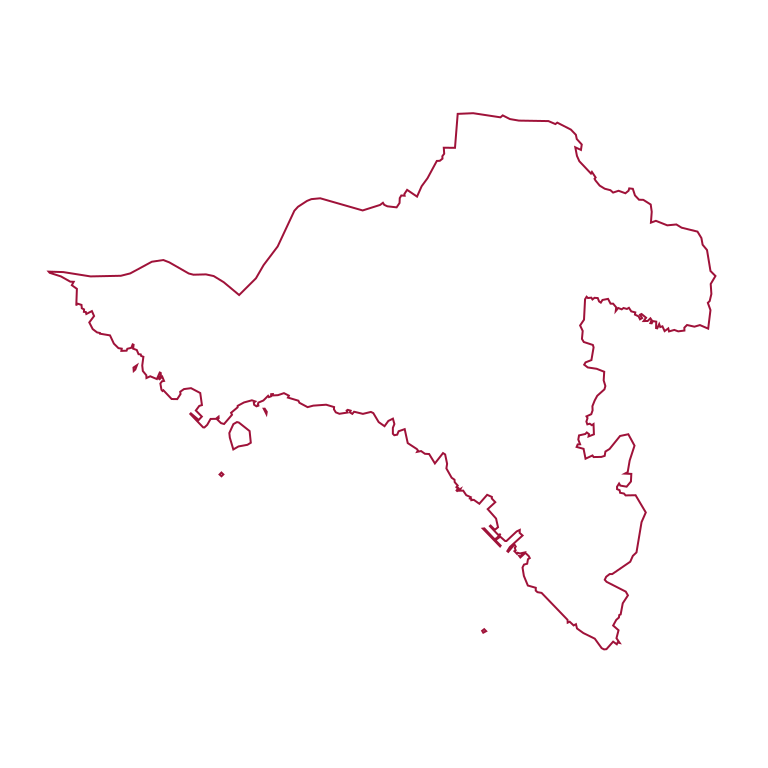 Kota Cilegon, Banten, Indonesia (orthographic projection), rotated 269°
{"feature_id": "22746128B25933583546422", "entity_name": "Kota Cilegon", "entity_type": "district", "adm_level": 2, "iso_a3": "IDN", "parent_name": "Indonesia", "parent_adm1": "Banten", "projection": "orthographic", "projection_center": [106.002, -5.978], "detail": "fine", "context": "isolated", "style": "outline", "palette": "rose", "viewbox_px": 768, "rotation_deg": 269, "n_neighbors": 0, "source": "geoboundaries", "source_scale": "gbopen_adm2", "svg_char_len": 6149}
<svg xmlns="http://www.w3.org/2000/svg" viewBox="0 0 768 768"><g transform="rotate(269 384 384)"><path d="M115.0,601.8L122.4,608.6L119.7,612.2L121.5,613.1L121.0,615.1L125.8,612.0L133.7,614.2L138.5,608.9L144.1,612.1L146.4,614.8L148.9,615.2L149.5,616.6L160.6,618.9L168.4,624.2L172.2,622.1L182.3,603.1L184.4,601.3L187.4,602.8L190.0,606.3L190.0,608.9L202.0,627.1L207.8,629.8L211.2,633.5L241.4,639.1L251.0,643.5L268.4,633.6L268.4,623.6L270.3,622.0L271.1,618.2L273.7,617.7L274.8,615.2L277.2,615.2L280.4,617.3L278.3,618.5L277.1,624.8L282.2,629.2L289.8,629.7L290.2,623.3L291.6,626.1L303.2,628.3L318.0,633.4L329.5,627.4L327.9,619.1L315.1,608.4L312.6,604.2L308.3,603.4L307.3,600.0L307.3,592.3L308.9,591.2L305.8,584.2L315.7,582.4L317.7,575.5L320.2,576.6L320.3,579.0L325.1,577.3L329.2,578.1L330.5,584.4L332.0,585.9L330.3,588.1L328.0,587.6L330.0,593.0L340.3,592.8L339.2,591.1L340.7,589.0L340.1,586.6L342.9,585.7L346.4,586.9L348.1,585.9L350.2,590.7L354.0,592.1L358.2,592.0L363.9,594.4L368.5,597.0L374.8,604.3L378.1,605.3L383.8,603.7L392.4,604.4L395.5,596.9L397.0,588.0L399.8,584.5L402.1,585.9L404.3,591.8L417.0,594.2L419.4,593.5L422.5,584.5L425.6,582.7L433.6,583.6L439.1,581.1L444.8,585.1L465.2,586.5L467.7,588.1L466.4,589.4L466.7,592.8L464.9,593.9L466.5,596.0L466.2,599.2L462.8,600.5L461.6,602.2L464.2,603.9L465.2,609.5L460.4,611.9L460.3,614.5L456.6,617.5L452.9,617.0L455.9,619.5L454.5,623.0L455.8,624.8L454.8,628.2L455.9,630.2L452.3,632.5L451.2,636.5L449.0,636.1L447.2,639.7L444.2,641.1L445.4,643.2L448.8,641.2L449.5,642.7L445.7,647.2L442.4,644.7L442.4,648.7L445.0,651.5L443.4,652.6L440.2,651.4L440.0,652.7L442.2,654.0L441.6,657.3L435.2,657.0L434.9,658.2L439.1,660.2L436.1,661.2L436.8,663.4L432.0,665.5L434.6,669.2L431.6,669.9L433.0,675.2L431.5,679.1L432.2,685.3L435.1,685.3L437.7,688.0L435.9,695.4L437.4,700.9L433.7,709.1L452.2,711.7L459.5,709.2L461.3,711.1L468.3,712.9L478.3,712.4L486.2,717.3L491.3,712.4L512.3,709.3L517.7,705.0L524.4,703.9L530.9,700.1L535.1,684.3L538.4,679.1L537.7,670.0L542.4,658.7L540.7,653.7L551.5,654.7L558.8,653.8L563.6,646.5L563.8,642.2L568.2,638.2L574.8,636.2L575.3,632.6L573.0,631.9L570.5,628.7L573.1,621.9L571.4,616.4L573.8,613.8L575.4,608.1L578.6,603.1L583.8,599.0L585.5,598.1L586.8,599.2L592.4,595.6L590.8,594.6L603.3,583.2L608.7,580.9L617.3,579.4L614.6,585.0L620.0,585.9L625.6,581.0L629.8,580.2L635.1,575.3L642.3,561.8L640.9,559.9L644.0,553.0L645.0,523.5L646.7,514.5L650.5,507.4L648.6,505.1L653.2,477.9L652.8,462.4L618.9,459.1L619.2,447.9L613.2,448.2L610.7,446.3L608.3,446.4L606.2,443.7L606.1,440.7L589.0,431.1L581.1,425.1L570.8,420.3L577.7,410.5L573.6,407.7L571.9,407.9L572.2,404.6L569.6,403.0L564.7,402.7L560.4,399.7L561.6,390.5L563.1,387.4L565.2,386.1L563.1,383.2L557.9,365.7L570.8,323.5L570.1,314.6L568.4,310.2L562.7,301.1L558.8,297.4L523.4,280.1L505.0,265.7L491.9,257.8L475.5,240.7L488.6,225.5L494.9,215.6L496.7,207.9L496.6,195.4L497.9,190.7L509.4,171.4L511.8,165.5L510.3,154.0L499.0,132.2L496.8,122.8L496.7,92.4L501.5,65.2L502.2,50.7L501.0,51.7L497.2,62.9L491.8,72.1L491.6,75.5L488.2,73.6L484.5,78.6L467.8,77.7L469.8,78.6L468.4,82.9L465.0,83.2L463.8,85.4L461.4,85.2L461.2,87.1L459.2,87.6L462.0,93.2L457.0,95.3L450.7,90.4L444.0,93.7L440.6,98.0L439.8,101.6L439.4,100.1L437.4,110.9L429.1,114.6L424.5,119.1L423.9,122.4L421.7,122.0L421.8,127.2L423.7,128.0L424.6,132.0L428.0,133.4L427.6,134.3L423.7,133.8L422.3,137.4L418.1,139.1L417.8,141.3L416.3,141.7L415.4,143.9L406.7,142.6L401.2,143.1L396.9,146.5L394.1,146.6L395.8,150.4L392.9,157.0L399.4,160.0L399.0,160.9L395.9,161.1L394.9,159.2L393.3,158.9L392.7,159.7L395.2,162.4L390.9,164.1L390.6,162.1L388.4,160.4L382.1,161.4L380.9,162.4L381.6,163.3L372.7,171.4L372.5,177.0L377.5,180.4L379.8,180.1L382.4,183.9L383.2,191.0L378.2,200.1L366.1,201.6L365.3,198.9L360.8,195.4L354.6,201.3L351.3,198.1L358.0,190.4L357.4,189.8L343.8,202.4L343.7,203.7L346.2,206.5L352.1,210.0L352.1,215.3L354.2,218.0L352.6,218.1L351.5,216.6L347.7,220.4L346.8,223.4L355.9,231.5L357.9,230.6L363.2,237.2L364.7,237.3L368.0,243.7L370.0,251.6L368.8,255.0L367.6,253.5L365.5,253.8L363.9,256.1L364.8,258.8L365.0,257.3L367.6,258.1L369.6,263.1L374.2,267.9L372.9,268.7L373.7,270.9L375.8,271.0L375.9,272.7L374.5,272.6L374.7,277.8L376.6,283.8L374.0,288.7L372.1,287.7L368.8,298.1L366.7,299.1L362.2,307.2L363.6,312.9L364.3,325.8L361.8,333.7L359.6,333.5L356.5,335.3L355.0,338.9L356.1,347.0L358.1,346.2L358.8,347.3L357.9,350.2L356.2,349.4L354.7,351.8L356.8,353.6L354.5,362.4L356.3,370.4L355.1,372.8L346.0,378.0L341.8,383.8L347.0,387.7L349.2,392.3L343.8,393.7L340.0,392.1L334.1,392.0L332.6,393.4L333.1,396.3L336.5,397.8L338.5,403.9L324.5,406.7L318.4,415.7L316.9,416.8L315.6,416.0L316.3,419.9L313.5,423.7L313.2,427.9L303.7,433.5L313.9,441.8L312.5,443.9L303.1,445.7L298.5,444.9L289.1,450.0L287.1,452.8L284.6,453.0L281.2,455.9L279.6,454.6L278.4,455.8L279.3,457.1L276.3,454.7L275.7,455.3L277.7,458.6L276.0,457.7L276.0,461.3L271.4,464.3L269.3,468.8L268.0,467.9L267.5,469.3L266.3,469.3L266.6,471.8L262.6,477.2L271.4,485.2L269.2,489.9L267.6,489.8L263.9,493.2L257.1,485.5L247.5,493.7L238.8,495.5L236.3,492.3L240.6,488.1L240.0,487.4L231.1,495.6L231.9,498.0L227.6,493.6L227.2,491.5L237.9,481.8L237.7,480.3L219.6,497.2L220.4,497.8L225.1,493.3L226.5,493.4L229.3,497.6L224.9,502.4L224.9,503.7L234.3,514.1L235.7,517.2L232.8,517.0L230.1,519.9L218.8,507.0L214.8,504.4L214.0,505.3L221.3,511.6L219.1,512.9L217.8,511.9L215.4,512.7L214.6,511.5L212.0,513.9L212.9,514.6L212.2,517.0L213.0,521.1L209.3,517.5L209.6,516.3L208.2,517.3L212.7,522.4L209.4,525.7L207.4,526.7L206.3,524.9L201.8,524.0L201.0,520.8L198.1,519.3L189.7,520.5L180.0,524.3L177.6,532.2L174.8,532.1L173.2,533.8L172.4,537.9L145.0,563.4L142.2,563.5L143.1,565.5L139.3,569.4L140.5,571.7L136.2,572.7L131.5,579.0L125.7,590.3L116.1,597.0L114.8,599.4L115.0,601.8ZM346.5,232.7L337.7,228.5L333.1,228.9L321.2,232.2L324.1,237.4L325.6,246.4L327.6,249.8L339.3,248.8L348.0,238.2L348.5,236.3L346.5,232.7ZM296.4,221.8L298.3,219.9L296.4,218.0L294.6,219.9L296.4,221.8ZM407.1,137.3L404.8,133.8L401.4,134.0L402.8,135.6L407.1,137.3ZM135.1,481.8L137.1,479.9L135.5,477.8L133.6,478.9L135.1,481.8ZM358.2,266.3L361.4,264.3L361.4,263.3L356.0,265.9L358.2,266.3Z" fill="none" stroke="#9f1239" stroke-width="2"/></g></svg>